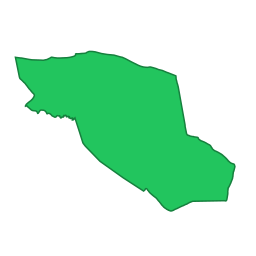 outline of Jangamo, Inhambane, Mozambique, rotated 260°
{"feature_id": "85939544B63223307878319", "entity_name": "Jangamo", "entity_type": "district", "adm_level": 2, "iso_a3": "MOZ", "parent_name": "Mozambique", "parent_adm1": "Inhambane", "projection": "equal_earth", "projection_center": [35.229, -24.157], "detail": "fine", "context": "isolated", "style": "filled", "palette": "green", "viewbox_px": 256, "rotation_deg": 260, "n_neighbors": 0, "source": "geoboundaries", "source_scale": "gbopen_adm2", "svg_char_len": 5671}
<svg xmlns="http://www.w3.org/2000/svg" viewBox="0 0 256 256"><g transform="rotate(260 128 128)"><path d="M167.3,30.8L167.4,31.1L167.3,31.8L167.3,32.3L166.5,32.7L166.1,33.1L162.6,35.9L162.1,36.5L161.7,37.2L161.2,38.8L161.1,39.5L160.7,40.3L160.2,40.9L159.5,41.3L158.1,41.6L158.1,42.0L158.3,42.3L158.5,42.4L158.7,42.7L158.9,42.8L159.2,43.2L159.4,43.3L159.7,43.7L160.0,43.9L160.7,44.7L160.7,46.0L160.3,47.3L160.1,48.2L159.2,49.3L158.1,50.0L157.5,50.3L156.2,50.6L156.0,50.8L156.3,51.4L156.3,52.0L155.9,53.2L155.3,53.9L154.6,54.5L153.7,55.0L153.1,55.4L152.7,56.0L152.3,56.6L152.0,56.9L151.4,57.7L151.3,58.7L151.6,59.3L152.1,59.7L152.4,60.3L152.4,60.9L152.0,61.4L151.9,62.0L152.0,62.5L151.8,62.9L151.3,63.0L150.8,62.9L150.5,63.0L149.6,63.5L149.6,64.1L149.9,64.5L150.3,64.9L150.3,65.3L150.1,65.6L150.0,66.2L150.3,66.6L151.2,66.7L151.5,67.0L151.3,67.4L151.1,67.5L151.0,67.8L151.1,68.3L151.4,68.5L151.3,69.0L151.0,69.2L150.7,69.3L150.4,69.6L150.2,69.7L149.8,69.4L149.6,69.6L149.8,70.7L149.8,71.2L149.8,71.4L149.5,71.9L149.3,72.2L149.0,72.2L148.9,72.1L148.9,71.7L148.6,71.6L148.2,71.7L148.0,72.1L148.0,72.5L147.8,72.7L147.4,73.0L147.2,73.4L147.2,73.5L147.5,74.4L147.5,75.0L147.4,75.1L147.3,75.3L146.9,75.6L146.4,75.3L145.9,74.6L145.6,74.5L145.5,74.9L145.5,75.3L145.7,75.9L146.0,76.1L146.3,76.8L146.9,77.3L147.1,77.5L132.8,79.5L121.3,81.0L120.4,81.3L120.2,81.5L119.7,81.7L117.6,82.8L100.0,94.7L79.8,114.6L63.2,132.4L63.9,133.7L64.4,134.1L65.0,134.6L65.2,134.9L65.2,135.2L65.0,135.8L64.5,136.1L64.3,136.3L63.2,136.7L62.7,137.1L61.5,137.6L61.2,137.9L60.7,138.1L60.0,138.6L59.8,138.7L59.3,139.1L59.1,139.3L58.8,139.6L58.3,139.9L58.1,140.2L57.8,140.3L57.3,140.8L57.0,141.1L56.7,141.2L56.4,141.6L56.2,141.7L55.9,142.0L55.4,142.4L55.2,142.7L54.3,143.4L54.1,143.7L50.9,145.4L50.1,146.0L49.1,146.5L48.6,146.8L47.6,147.3L47.3,147.5L47.1,147.5L46.5,147.8L44.9,148.9L44.2,149.3L43.6,149.7L43.4,150.0L42.5,150.7L42.4,150.9L42.1,151.3L41.4,151.8L41.1,152.3L40.9,152.5L40.6,153.1L40.3,153.2L40.2,153.5L39.9,153.7L39.8,154.1L39.6,154.4L39.4,154.6L38.9,155.6L38.8,156.2L38.8,156.9L38.9,157.2L38.9,157.5L39.1,158.5L39.6,159.8L39.9,160.8L39.9,161.1L40.2,162.4L41.0,165.0L41.5,166.8L41.6,167.3L41.8,167.8L41.8,168.1L41.9,168.8L42.8,171.8L42.8,172.1L42.8,172.5L43.1,173.4L43.4,174.0L44.1,176.3L44.2,177.0L44.5,178.4L44.6,179.0L39.6,210.8L39.3,211.1L39.3,211.7L39.4,212.3L40.6,213.0L45.4,214.7L46.0,214.9L46.3,214.9L46.8,215.0L47.0,215.1L47.5,215.1L48.0,215.2L48.3,215.3L48.6,215.3L49.0,215.5L49.7,215.7L50.1,215.7L50.3,215.9L50.8,215.9L51.2,216.2L51.5,216.2L51.7,216.5L52.0,216.6L52.6,217.3L52.9,217.4L53.7,218.1L54.0,218.3L54.7,218.7L56.0,219.7L56.7,220.0L57.0,220.3L57.8,220.7L58.0,220.9L58.5,221.1L58.7,221.3L59.3,221.6L59.5,221.8L60.5,222.3L60.8,222.4L61.0,222.4L61.7,222.7L61.9,222.8L62.4,223.0L62.7,223.0L63.2,223.2L63.5,223.2L64.3,223.5L64.6,223.5L65.0,223.7L66.5,224.2L66.9,224.4L67.1,224.7L67.7,224.9L68.0,225.1L71.4,226.6L71.7,226.5L73.0,226.5L73.8,226.2L74.1,226.0L74.3,225.6L74.4,225.3L74.6,225.1L75.0,224.2L75.3,223.7L75.7,223.3L75.8,223.0L76.1,222.8L76.6,222.3L76.9,222.1L77.2,221.8L77.4,221.7L77.7,221.4L78.0,221.3L78.1,221.0L79.0,220.7L79.2,220.4L79.8,220.2L80.1,220.0L80.4,219.8L80.7,219.6L80.9,219.5L81.1,219.2L81.5,219.1L82.2,218.5L82.4,218.4L83.5,217.5L83.9,217.2L84.1,216.9L84.4,216.8L84.8,216.5L85.0,216.2L85.3,216.1L85.7,215.6L86.0,215.5L86.3,214.9L86.7,214.5L86.9,214.4L87.0,214.1L87.9,213.2L88.9,211.9L89.0,211.7L89.9,210.5L90.1,210.2L90.4,209.6L90.9,209.1L91.6,208.4L91.9,208.2L92.6,207.6L93.6,207.2L93.8,207.2L94.1,207.1L94.4,206.8L94.9,206.7L95.2,206.5L95.4,206.5L96.4,206.1L96.6,205.9L97.2,205.3L97.5,205.0L97.7,204.6L97.9,204.4L99.0,203.0L99.3,202.7L99.7,202.3L99.8,202.1L100.9,200.7L101.1,200.4L101.3,200.1L101.9,199.1L102.0,198.9L102.2,198.7L102.4,198.4L102.4,198.2L102.9,197.4L103.2,197.3L103.3,197.0L104.8,195.7L105.4,195.5L106.4,195.3L106.6,195.0L106.8,194.7L107.0,194.1L107.5,192.5L107.8,191.6L107.9,191.3L108.3,190.7L108.4,190.0L109.1,188.2L109.8,186.9L110.1,186.7L110.4,186.1L110.6,185.4L111.5,184.9L112.0,184.8L112.2,184.7L119.7,184.5L121.0,184.7L159.4,184.6L161.0,184.5L161.8,184.4L162.5,184.4L163.0,184.3L163.3,184.2L163.8,184.2L164.1,184.1L165.0,184.1L165.3,184.1L166.0,184.1L166.3,184.0L167.9,183.9L169.2,184.0L169.4,184.1L171.0,184.2L171.6,183.3L175.7,176.6L175.7,176.4L178.7,171.8L179.4,170.2L180.3,168.1L181.6,166.1L182.9,163.5L184.1,160.9L184.3,159.8L184.3,157.8L184.9,155.4L185.4,153.8L186.6,151.2L188.2,148.7L192.4,143.0L196.7,137.5L198.1,135.4L198.5,134.9L199.4,132.7L202.2,126.9L204.0,120.4L205.8,115.2L205.9,114.9L208.6,109.1L209.5,106.4L210.1,103.6L210.1,102.6L209.7,100.8L209.1,99.5L209.1,98.6L209.2,97.3L209.5,94.8L209.4,94.8L209.8,91.3L210.1,90.2L210.1,89.5L209.9,89.2L209.2,89.1L208.9,89.0L208.2,88.0L208.0,87.0L207.8,85.2L207.7,82.8L207.8,80.2L208.8,72.7L209.2,70.5L210.0,67.8L210.9,65.4L211.0,64.9L210.9,64.4L210.4,63.3L209.9,61.3L209.6,60.6L209.5,59.7L209.5,58.5L209.4,56.5L210.1,53.4L210.9,49.6L211.8,45.3L212.9,42.0L215.4,35.3L215.7,34.0L216.5,31.5L216.8,30.4L217.1,29.8L217.2,29.4L197.0,29.9L195.8,30.1L195.3,30.3L195.1,30.5L194.8,30.6L194.6,30.9L193.6,31.6L193.4,31.8L193.0,32.1L192.7,32.3L192.2,32.6L192.0,32.8L191.0,33.4L190.5,33.9L190.0,34.2L189.7,34.5L189.1,34.7L187.4,35.6L186.1,36.3L185.5,36.5L185.3,36.7L183.6,37.5L183.4,37.8L183.1,37.9L182.8,38.1L181.5,38.9L181.2,38.9L181.0,39.1L180.8,39.3L179.5,39.9L178.4,40.8L178.2,40.9L177.9,41.1L177.4,41.4L176.4,41.4L175.9,41.3L175.0,40.7L173.1,39.0L172.9,38.8L172.8,38.3L172.4,38.1L172.1,37.4L171.9,37.3L171.3,36.0L171.0,35.5L170.4,34.2L170.1,33.9L169.8,33.3L169.3,32.5L168.9,31.9L168.4,31.5L168.1,31.4L167.5,30.8L167.3,30.8Z" fill="#22c55e" stroke="#15803d" stroke-width="1.5"/></g></svg>